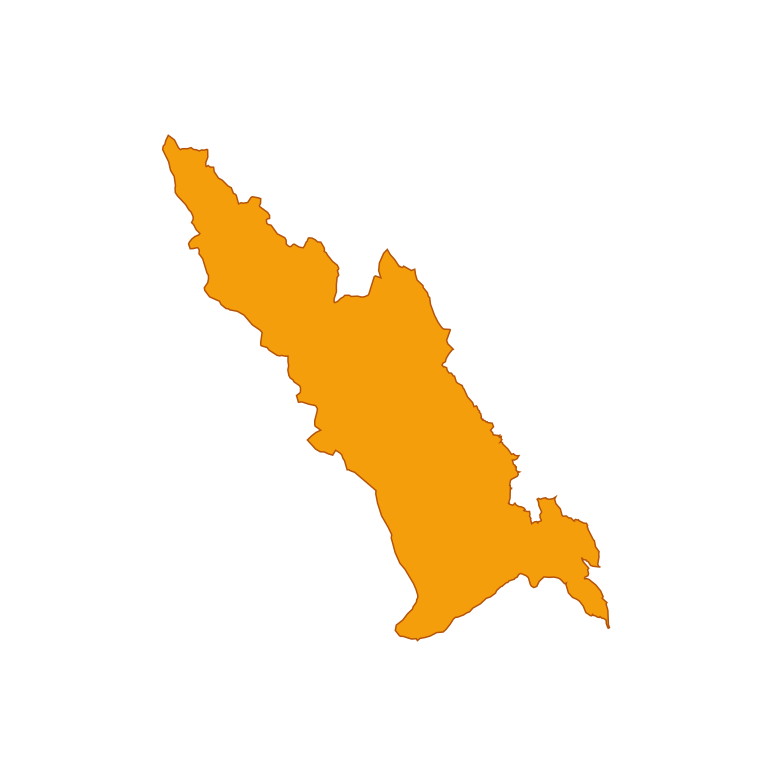 Toplita, Hunedoara, Romania (Robinson projection), rotated 63°
{"feature_id": "2599482B44400437971593", "entity_name": "Toplita", "entity_type": "district", "adm_level": 2, "iso_a3": "ROU", "parent_name": "Romania", "parent_adm1": "Hunedoara", "projection": "robinson", "projection_center": [22.735, 45.666], "detail": "fine", "context": "isolated", "style": "filled", "palette": "amber", "viewbox_px": 768, "rotation_deg": 63, "n_neighbors": 0, "source": "geoboundaries", "source_scale": "gbopen_adm2", "svg_char_len": 6150}
<svg xmlns="http://www.w3.org/2000/svg" viewBox="0 0 768 768"><g transform="rotate(63 384 384)"><path d="M604.4,482.5L608.7,485.8L615.3,484.5L616.4,483.7L617.5,481.6L623.8,475.2L625.6,470.9L627.8,470.7L627.0,467.4L628.4,462.9L629.5,457.5L629.4,449.9L631.8,444.0L630.9,440.3L627.9,433.8L625.1,429.2L624.3,426.3L625.2,424.2L625.9,417.9L625.5,414.5L625.8,411.1L624.0,406.5L623.6,397.8L621.4,390.2L622.0,385.8L620.9,379.6L619.1,377.3L617.6,371.8L617.9,370.7L616.6,365.6L617.0,363.7L616.2,362.0L617.1,356.5L616.4,355.2L616.6,353.1L614.8,350.2L615.0,348.0L619.3,344.4L622.1,343.3L629.1,344.6L631.1,344.4L633.4,342.9L633.7,339.8L630.3,335.3L628.5,329.0L631.2,324.8L633.2,320.2L635.6,317.2L637.9,315.5L643.7,313.8L644.2,313.4L644.1,311.9L645.2,312.9L653.8,314.5L659.7,312.9L663.4,309.9L666.3,308.4L672.4,307.3L679.2,307.9L684.0,305.3L684.7,304.4L684.1,302.7L685.1,302.8L686.1,301.3L688.9,299.4L689.7,298.1L689.4,297.1L691.6,296.2L692.9,294.4L695.4,293.3L698.4,294.7L703.1,295.2L703.5,294.9L703.4,293.7L700.3,293.3L687.3,287.3L680.8,286.0L680.0,284.6L673.9,286.9L673.0,285.3L666.8,284.9L659.2,286.5L651.2,290.1L649.3,291.9L648.8,293.5L648.1,293.6L647.3,292.5L647.4,289.3L645.8,287.8L641.9,286.9L641.1,285.2L632.5,287.3L628.3,286.8L631.2,286.0L632.3,284.0L633.4,284.0L635.2,282.7L639.4,282.3L641.1,280.8L645.4,274.3L644.0,275.5L641.6,275.4L635.6,270.9L632.2,269.5L631.2,268.5L625.1,269.4L619.1,267.7L617.7,268.2L606.8,268.2L603.2,267.6L602.4,266.8L600.0,266.9L598.6,269.2L594.4,272.3L593.3,272.4L593.4,272.9L591.6,274.8L591.9,276.4L592.5,276.5L592.0,277.2L588.3,278.2L587.2,280.2L584.4,281.4L583.2,284.3L582.0,285.0L575.4,283.6L568.6,285.2L564.0,284.2L562.5,282.2L562.9,285.2L561.9,288.9L559.8,291.5L558.9,291.4L558.1,293.8L557.6,297.2L556.1,298.1L556.2,299.9L558.7,299.8L562.8,301.2L569.3,301.6L569.9,302.0L571.3,304.5L574.2,305.6L576.8,305.6L577.3,306.2L576.8,309.2L578.2,310.4L576.4,310.0L575.9,310.4L575.2,312.3L575.5,315.9L571.0,314.8L570.6,314.2L567.7,314.3L566.5,313.2L563.6,312.2L562.9,313.9L560.3,316.8L559.8,315.2L557.9,315.7L555.7,317.5L554.3,319.6L552.0,321.1L549.6,321.4L550.5,324.2L548.1,326.9L547.2,326.5L546.8,327.2L543.2,323.7L534.9,319.1L535.2,317.9L534.7,317.6L534.2,318.7L531.7,317.6L531.4,318.1L527.7,315.4L526.8,314.0L526.7,307.1L525.6,305.5L523.9,305.1L523.9,303.2L522.5,304.9L520.6,305.4L517.9,303.8L517.5,304.6L516.1,304.1L514.4,305.1L510.1,304.2L511.0,302.2L511.0,299.4L509.1,296.3L508.2,298.3L507.0,299.6L504.9,300.3L504.6,302.3L498.3,303.1L491.2,305.5L490.3,305.1L488.9,305.8L488.7,307.1L487.1,304.2L485.8,304.5L484.1,303.4L484.1,305.0L483.7,305.2L482.3,303.9L481.9,305.3L482.3,305.7L481.6,305.9L478.9,309.7L476.7,309.3L473.6,310.1L471.8,305.8L468.0,305.4L465.6,309.0L464.5,309.2L464.3,310.2L462.6,310.7L461.4,311.9L460.4,311.9L460.7,312.5L458.1,312.9L457.8,312.3L454.3,311.3L452.5,311.9L451.7,311.2L449.4,311.9L446.5,311.4L445.5,311.6L445.0,314.1L440.8,313.5L433.5,315.4L424.7,315.0L423.2,315.4L421.0,315.0L416.6,318.1L414.7,318.6L409.0,317.6L408.3,318.6L405.0,319.0L403.7,321.1L400.5,321.5L397.9,320.8L395.7,322.7L395.7,323.2L393.5,323.7L392.3,322.3L392.0,319.2L389.6,317.1L386.7,312.7L384.6,308.0L384.5,306.5L377.2,308.9L373.5,308.4L365.9,300.3L365.4,300.4L362.1,306.0L359.6,307.0L353.5,307.8L345.5,307.8L334.2,306.4L327.7,304.1L326.0,304.7L322.4,303.9L315.8,305.3L314.1,304.6L306.4,307.3L301.0,306.3L295.7,304.5L295.3,308.1L287.9,313.0L288.5,314.5L288.3,315.2L286.2,316.6L286.2,317.1L278.0,318.0L271.5,319.7L265.6,320.0L267.4,325.0L274.1,333.2L280.6,337.3L288.0,338.6L283.8,342.6L283.9,343.9L297.2,356.9L297.6,357.8L297.5,361.3L296.6,364.2L293.7,367.7L291.1,373.5L289.1,374.8L287.2,378.7L288.0,380.8L288.1,383.8L289.4,387.9L289.2,390.8L288.6,391.3L285.6,389.9L280.2,384.5L274.3,381.6L267.7,377.4L266.5,375.0L261.5,373.9L261.2,372.5L260.4,371.8L256.9,371.7L251.4,374.2L243.2,375.9L241.0,375.8L238.7,377.1L237.4,376.1L235.3,375.5L228.9,375.9L227.3,378.6L224.5,379.7L221.5,381.7L219.7,384.5L219.7,385.3L221.9,387.6L222.2,388.9L225.0,392.3L225.9,394.2L223.5,397.4L218.6,400.5L218.4,401.7L219.3,404.4L218.9,405.6L217.8,406.5L215.0,407.6L211.4,405.9L208.6,406.0L201.8,410.9L191.3,412.5L189.3,414.8L187.6,415.5L184.5,414.4L183.9,412.7L184.6,410.8L181.8,409.4L178.3,409.8L169.6,414.2L168.4,413.9L167.0,412.0L162.9,409.7L160.9,411.6L157.3,416.4L157.5,418.0L160.4,423.1L159.0,427.3L157.6,429.1L157.5,431.8L148.9,430.0L147.7,430.2L145.7,431.6L139.8,431.0L136.8,433.1L128.9,435.6L125.5,438.0L117.8,438.9L113.5,437.4L111.8,440.4L109.5,441.5L109.7,443.5L109.2,443.8L105.9,442.4L101.9,438.0L95.2,434.8L94.5,435.4L94.1,437.8L92.7,440.2L92.4,442.9L90.0,444.9L88.6,447.2L85.8,448.6L85.2,452.1L82.8,456.9L82.7,459.1L79.9,459.9L71.4,459.9L64.5,463.3L68.0,467.9L71.0,470.5L71.8,472.7L74.7,474.8L88.2,475.0L96.8,477.2L103.8,476.7L112.8,479.8L114.3,481.1L118.6,483.0L122.6,482.6L134.0,479.3L140.2,478.8L143.3,477.8L148.2,478.1L150.8,479.4L152.8,482.2L155.4,481.3L161.3,481.3L166.3,479.7L167.0,481.1L166.8,485.7L167.5,489.3L169.2,493.0L170.6,494.6L175.5,495.3L176.7,492.6L177.7,488.5L178.6,487.9L180.8,487.8L184.0,489.7L190.1,488.7L204.8,491.3L207.4,491.1L210.7,492.7L213.7,495.1L216.7,500.5L219.4,501.2L227.2,499.8L235.6,493.0L239.2,493.1L245.0,490.5L246.5,488.4L247.9,487.8L252.6,481.7L259.1,477.4L271.4,474.5L279.7,470.0L282.7,469.2L290.9,474.9L293.1,476.1L294.2,476.0L298.4,471.6L301.7,471.0L309.7,466.4L311.6,464.2L312.1,462.2L314.4,459.3L315.6,456.9L320.5,459.4L324.5,460.7L327.8,463.3L333.2,464.9L336.1,464.8L338.8,463.3L341.2,463.2L347.4,459.9L349.7,460.2L353.3,462.2L354.0,463.7L354.5,467.2L361.4,468.5L362.7,465.3L368.3,459.7L371.4,455.7L372.4,454.8L375.7,454.5L378.0,456.0L385.0,462.2L388.6,464.1L390.3,464.5L396.4,461.3L396.3,466.7L397.3,471.9L399.1,477.7L410.9,474.5L415.4,471.6L417.4,468.1L421.1,465.2L424.1,462.0L421.1,457.2L425.4,454.6L428.0,453.8L431.4,454.3L434.5,454.0L443.8,455.8L444.5,454.0L445.3,453.9L449.4,450.2L475.2,439.5L478.2,441.2L487.1,443.8L500.4,446.0L513.4,445.3L521.7,445.5L524.4,447.4L539.4,450.6L551.0,451.2L558.6,449.4L575.1,448.3L581.5,448.7L587.5,449.8L590.0,451.1L590.8,452.6L593.0,454.1L595.7,459.1L597.5,460.9L599.4,467.2L602.8,474.3L604.4,482.5Z" fill="#f59e0b" stroke="#b45309" stroke-width="1.5"/></g></svg>